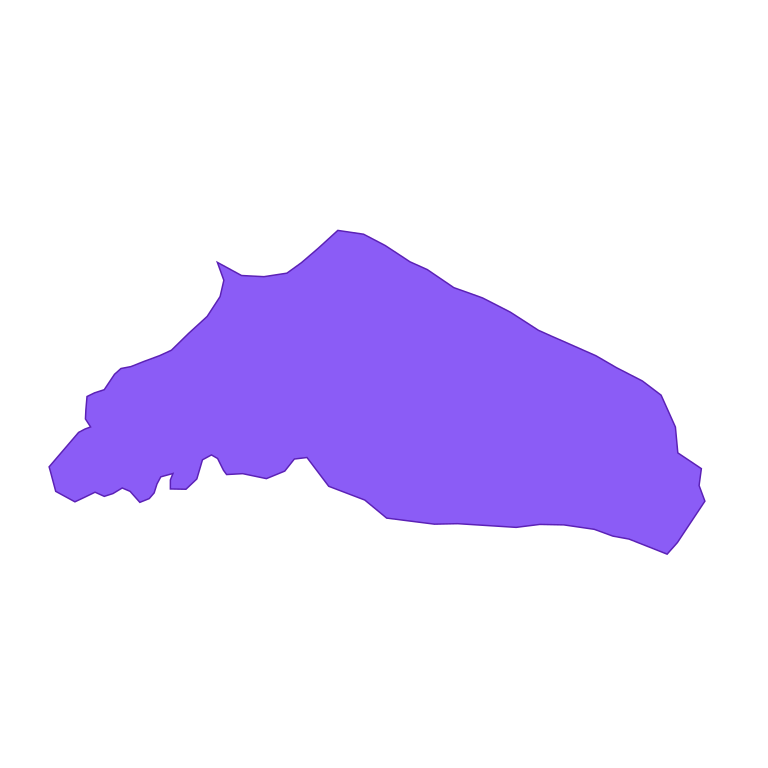 Ahoada West, Rivers, Nigeria (Robinson projection), rotated 94°
{"feature_id": "59680162B31457176745984", "entity_name": "Ahoada West", "entity_type": "district", "adm_level": 2, "iso_a3": "NGA", "parent_name": "Nigeria", "parent_adm1": "Rivers", "projection": "robinson", "projection_center": [6.521, 5.02], "detail": "fine", "context": "isolated", "style": "filled", "palette": "violet", "viewbox_px": 768, "rotation_deg": 94, "n_neighbors": 0, "source": "geoboundaries", "source_scale": "gbopen_adm2", "svg_char_len": 1265}
<svg xmlns="http://www.w3.org/2000/svg" viewBox="0 0 768 768"><g transform="rotate(94 384 384)"><path d="M521.8,80.3L500.3,68.1L478.5,55.7L463.3,62.6L446.3,61.5L432.2,86.1L406.6,90.3L375.8,106.8L363.0,126.4L351.5,153.2L341.0,174.6L326.2,215.7L324.5,220.5L320.5,231.3L319.7,233.6L303.5,263.0L291.3,291.6L290.3,295.0L283.0,321.1L266.9,348.7L260.3,366.6L245.8,392.4L236.0,414.8L234.0,440.8L253.3,459.2L268.7,474.8L280.2,488.6L285.3,511.2L285.6,527.0L285.7,533.7L274.3,558.7L291.7,551.0L308.2,553.6L328.9,565.1L347.2,582.5L365.1,598.4L371.3,609.7L378.2,625.0L384.3,637.7L386.9,647.5L393.1,653.5L409.2,662.7L413.0,672.1L417.2,679.4L430.6,679.6L439.7,679.4L447.3,673.7L449.8,679.2L453.6,685.3L490.0,712.3L495.0,710.5L514.0,704.0L523.1,684.1L517.9,674.8L512.1,664.7L515.6,655.2L512.2,646.7L506.0,637.9L508.8,629.8L519.1,619.3L514.7,610.2L508.7,605.7L499.6,603.5L492.2,600.2L488.0,588.3L494.6,590.4L503.6,589.8L502.8,574.2L491.8,564.1L472.3,559.8L466.8,551.2L469.9,544.8L481.3,538.1L485.3,534.7L483.3,518.7L486.6,494.7L477.8,476.9L465.1,468.2L462.7,455.7L489.9,432.0L501.1,395.1L517.6,372.0L520.3,323.9L518.2,300.8L517.8,242.2L513.2,218.8L512.0,194.8L514.3,164.1L519.8,145.0L521.6,128.8L534.0,89.7L521.8,80.3Z" fill="#8b5cf6" stroke="#5b21b6" stroke-width="1.5"/></g></svg>